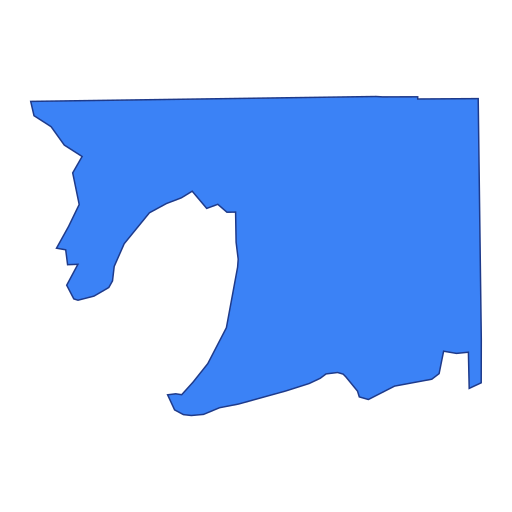 Chambers, Texas, United States of America (Natural Earth projection)
{"feature_id": "52423323B38827881811881", "entity_name": "Chambers", "entity_type": "district", "adm_level": 2, "iso_a3": "USA", "parent_name": "United States of America", "parent_adm1": "Texas", "projection": "natural_earth1", "projection_center": [-94.702, 29.707], "detail": "fine", "context": "isolated", "style": "filled", "palette": "blue", "viewbox_px": 512, "rotation_deg": 0, "n_neighbors": 0, "source": "geoboundaries", "source_scale": "gbopen_adm2", "svg_char_len": 926}
<svg xmlns="http://www.w3.org/2000/svg" viewBox="0 0 512 512"><path d="M66.7,285.2L73.8,298.9L78.0,300.2L94.0,296.1L108.8,287.5L112.5,280.9L114.2,266.4L124.2,243.7L149.4,212.8L166.5,203.5L181.4,197.8L192.2,191.2L206.7,208.4L217.8,204.3L226.9,212.2L235.6,212.1L236.1,242.2L238.2,259.2L237.6,267.2L226.4,327.7L207.8,363.6L193.0,382.2L181.7,394.7L175.7,393.8L167.6,394.8L174.6,409.9L183.4,414.6L191.3,415.5L203.5,414.4L219.6,407.7L238.7,404.0L286.0,390.9L309.2,383.5L320.2,378.3L326.1,373.9L337.6,372.5L343.1,374.1L345.8,376.8L357.5,391.1L359.3,396.9L368.4,399.5L394.6,386.1L431.8,379.2L439.1,373.6L443.6,351.2L456.5,353.4L468.4,352.2L469.2,388.4L481.2,382.8L481.3,339.6L478.2,98.6L417.7,99.0L417.7,96.8L382.7,96.9L376.1,96.5L30.7,101.4L34.0,115.7L51.1,126.7L64.3,145.1L82.1,156.5L72.7,172.9L79.2,204.5L68.6,226.4L56.5,248.2L65.7,249.8L67.6,264.7L77.9,264.3L66.7,285.2Z" fill="#3b82f6" stroke="#1e3a8a" stroke-width="1.5"/></svg>